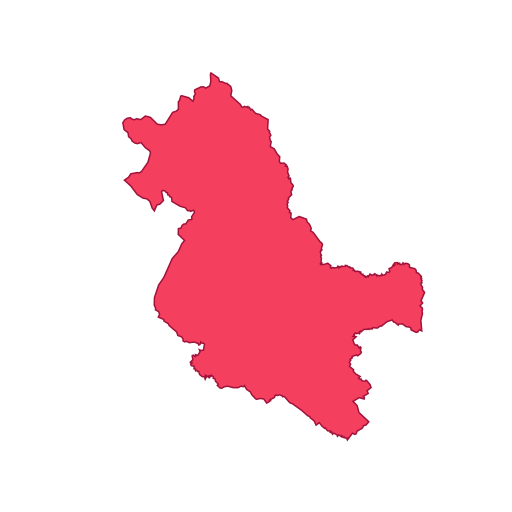 Mueang Sa Kaeo, Sa Kaeo, Thailand (Robinson projection), rotated 302°
{"feature_id": "78962969B70177105143831", "entity_name": "Mueang Sa Kaeo", "entity_type": "district", "adm_level": 2, "iso_a3": "THA", "parent_name": "Thailand", "parent_adm1": "Sa Kaeo", "projection": "robinson", "projection_center": [102.097, 13.939], "detail": "fine", "context": "isolated", "style": "filled", "palette": "rose", "viewbox_px": 512, "rotation_deg": 302, "n_neighbors": 0, "source": "geoboundaries", "source_scale": "gbopen_adm2", "svg_char_len": 6153}
<svg xmlns="http://www.w3.org/2000/svg" viewBox="0 0 512 512"><g transform="rotate(302 256 256)"><path d="M148.8,431.0L156.9,431.7L157.0,434.2L158.2,435.1L161.2,434.6L166.1,437.3L169.1,437.2L171.0,438.9L175.2,439.5L177.8,426.3L182.7,421.0L184.1,415.3L190.6,418.6L192.0,423.5L193.3,423.0L193.9,421.4L198.9,424.0L200.6,421.6L205.4,423.3L207.4,420.9L209.0,416.0L209.0,415.1L207.5,414.8L206.6,413.0L206.5,411.2L207.4,410.3L206.4,409.0L206.9,407.6L209.0,408.2L208.8,403.0L209.8,399.6L211.3,399.0L211.9,393.7L214.4,393.6L215.2,391.5L217.8,391.6L218.3,390.6L220.4,391.6L221.7,390.8L225.3,393.6L225.2,395.1L228.8,396.5L230.4,396.3L230.9,394.8L234.0,393.5L234.1,392.7L233.1,393.2L232.6,392.4L234.2,389.0L233.1,387.5L233.4,386.0L236.2,382.5L240.5,383.7L239.3,380.9L241.2,381.5L241.5,380.6L243.5,381.1L243.5,382.5L245.4,384.1L244.9,384.8L245.7,385.0L246.5,383.9L247.8,384.4L247.5,385.4L251.0,386.4L252.6,389.1L253.9,389.5L253.6,390.8L255.8,392.3L255.5,393.1L257.2,393.2L259.2,397.1L262.4,398.4L262.9,399.5L269.7,401.9L273.9,405.4L272.9,407.8L273.4,408.9L272.7,413.2L274.0,413.1L276.0,416.3L275.6,420.7L277.1,424.0L277.0,425.3L275.5,426.7L276.1,432.3L277.2,433.4L280.1,433.7L280.3,436.3L288.8,429.9L295.4,427.7L297.2,426.0L298.7,425.7L300.0,424.6L300.6,421.5L304.5,422.2L305.4,419.7L314.4,418.3L315.8,414.8L317.7,413.8L319.5,410.5L321.3,410.9L321.7,409.9L323.3,409.7L323.9,408.1L324.7,408.4L325.3,407.0L326.3,407.1L327.5,402.5L326.9,400.9L328.8,399.3L329.4,397.3L327.7,392.2L329.7,390.9L330.0,388.8L328.9,386.4L327.4,386.2L328.1,384.3L326.3,384.3L325.0,382.8L326.0,381.7L324.3,380.4L325.5,379.7L323.7,377.2L321.3,377.1L321.8,378.4L321.0,378.0L320.9,378.7L320.4,377.3L317.7,377.0L315.9,375.5L313.7,377.6L312.6,377.5L311.6,375.2L309.2,375.6L307.6,374.6L307.0,373.6L307.3,372.4L306.3,373.0L305.6,371.7L304.7,371.7L304.1,369.3L303.2,369.2L304.0,368.2L303.9,366.9L303.2,366.7L303.7,366.0L301.1,364.8L301.1,362.2L298.8,362.3L298.5,361.5L297.8,362.1L297.1,360.4L296.0,360.4L296.1,359.0L296.8,358.8L296.3,356.9L297.2,356.4L296.4,354.8L296.8,353.5L297.2,353.9L297.9,353.4L296.8,349.7L296.1,349.6L295.4,347.9L296.0,347.3L295.5,346.3L296.1,346.5L297.0,344.4L295.8,342.0L296.5,341.3L295.7,340.1L296.1,338.2L295.4,336.8L294.7,337.2L293.3,335.6L293.0,334.1L291.3,333.5L291.5,332.8L289.9,332.6L290.8,330.9L289.5,331.0L287.9,329.6L286.7,326.9L285.7,326.5L285.5,325.3L287.4,324.7L287.9,320.7L285.0,318.3L283.0,315.3L283.4,314.7L285.0,315.5L285.1,314.4L288.6,312.8L290.1,310.9L291.0,311.3L293.1,308.6L295.1,307.9L295.3,308.7L296.3,308.5L297.1,307.4L301.0,306.3L302.0,304.5L301.9,303.1L306.3,292.0L306.3,288.9L308.7,288.2L311.2,284.6L312.0,281.2L314.0,279.3L312.4,271.7L306.3,268.0L307.0,265.1L311.0,263.0L310.6,261.3L312.4,260.7L313.5,257.0L315.3,256.3L316.1,255.0L318.6,254.8L319.0,253.6L321.7,253.6L322.2,252.7L326.8,253.8L329.2,251.3L331.7,251.5L332.5,250.5L334.5,250.8L335.6,250.1L336.7,246.7L340.0,244.1L340.2,243.4L338.8,243.0L339.6,241.4L341.4,241.6L344.0,238.2L346.8,237.1L348.7,234.7L347.8,233.4L349.3,233.3L349.7,230.7L347.6,227.5L348.7,225.6L352.8,223.5L353.8,219.7L356.6,214.6L356.3,210.2L361.2,208.2L361.3,207.1L364.0,204.5L366.3,204.6L367.8,201.9L368.9,201.6L369.9,198.5L378.1,194.0L377.5,186.6L378.1,184.8L376.7,180.0L378.3,174.7L377.1,174.0L378.6,171.6L377.7,170.7L378.5,169.8L376.9,168.7L376.9,167.1L375.2,166.1L374.9,164.7L376.2,162.6L378.5,149.7L383.5,147.8L386.4,144.7L387.0,139.7L386.3,139.1L385.8,134.7L384.7,133.5L384.9,132.2L387.0,129.9L387.4,120.8L385.8,121.1L380.1,125.2L375.8,126.6L371.7,124.4L371.7,122.1L370.4,119.8L364.4,116.0L362.9,116.6L361.3,118.7L358.3,118.7L356.6,120.0L353.8,120.5L354.6,115.1L352.6,108.2L351.7,107.4L347.5,108.7L345.7,108.4L339.2,112.5L336.4,111.5L333.6,109.2L319.7,109.2L317.1,106.3L315.5,102.5L317.6,92.9L316.1,88.0L310.6,86.0L309.2,82.0L307.1,80.7L306.3,77.9L306.7,76.2L304.5,73.7L301.7,72.5L298.4,72.5L293.3,77.1L292.7,82.2L289.7,84.7L289.2,88.0L287.8,90.0L287.6,93.4L288.4,95.9L291.3,98.4L289.2,104.9L288.9,110.1L287.3,112.0L278.1,114.7L267.0,114.1L264.3,112.8L264.0,111.3L259.4,106.3L255.2,106.2L250.6,104.2L249.0,112.8L245.2,122.7L245.2,129.5L246.6,133.1L246.1,137.0L241.6,142.6L240.4,145.9L246.7,144.9L249.0,147.0L254.0,148.1L260.4,141.9L261.8,141.9L263.0,143.9L262.3,146.2L262.8,147.3L261.1,148.7L261.5,150.2L260.6,151.4L260.9,153.4L257.7,155.8L258.0,165.4L259.5,170.4L258.2,174.1L259.5,176.0L259.1,176.8L261.8,178.8L260.6,180.7L255.2,180.6L253.0,182.2L250.6,179.5L246.1,179.5L244.8,177.8L243.0,177.1L239.9,177.6L238.1,175.7L233.1,178.6L231.3,187.2L227.1,186.6L218.4,187.8L209.5,186.3L189.0,189.2L179.9,188.8L167.0,191.9L160.6,195.6L158.2,198.9L157.1,199.2L157.2,202.9L155.5,205.1L152.4,205.5L153.3,211.3L152.1,212.4L152.1,217.6L151.0,219.2L149.5,229.0L147.2,231.8L148.0,235.8L147.1,238.0L145.3,239.2L145.4,241.1L146.9,242.5L147.1,245.3L150.4,249.3L151.1,253.4L150.2,254.6L151.3,255.4L153.8,254.7L153.4,256.6L154.2,257.5L154.0,259.0L148.3,261.3L146.7,259.4L146.5,257.6L145.0,259.3L140.9,259.3L140.3,257.0L139.2,258.0L138.4,257.6L138.7,255.4L137.7,254.7L134.4,257.4L131.2,256.6L131.4,258.5L129.9,257.8L128.7,259.2L129.8,262.0L127.5,263.2L128.1,264.2L126.6,265.6L127.6,266.3L127.1,267.9L127.8,268.6L125.6,271.0L125.2,274.3L126.2,276.4L124.6,278.2L126.7,278.0L126.6,277.3L128.1,276.3L128.0,281.0L129.0,281.1L129.2,279.4L131.2,281.4L130.5,281.9L131.2,282.7L131.0,283.9L129.6,284.5L130.0,286.5L128.3,288.1L127.4,292.0L125.8,291.7L125.0,295.4L125.7,297.0L128.2,298.3L130.6,301.0L132.3,306.5L134.9,310.6L137.6,312.2L138.6,314.7L140.0,314.9L137.9,318.7L137.7,323.5L136.2,325.7L134.7,331.2L134.8,332.5L137.2,334.8L138.9,338.3L136.9,343.0L139.9,344.6L140.7,344.0L141.2,344.9L141.7,344.2L145.8,346.6L148.3,346.1L149.1,348.2L150.6,349.2L151.3,351.9L150.7,353.2L151.9,354.3L149.5,362.4L150.0,365.3L149.3,376.5L147.9,384.7L148.4,386.6L147.5,387.7L147.0,392.7L144.4,396.6L148.2,398.0L146.7,402.2L146.2,405.5L146.9,405.9L145.7,409.3L146.9,411.8L146.1,412.0L146.6,413.3L146.0,413.1L146.2,414.4L145.4,415.3L146.7,415.7L147.1,416.8L147.2,419.8L146.3,420.6L148.1,421.1L148.0,424.4L149.1,424.1L148.5,425.9L149.0,426.5L148.5,426.5L149.5,429.6L149.0,430.1L149.7,430.3L148.8,431.0Z" fill="#f43f5e" stroke="#9f1239" stroke-width="1.5"/></g></svg>